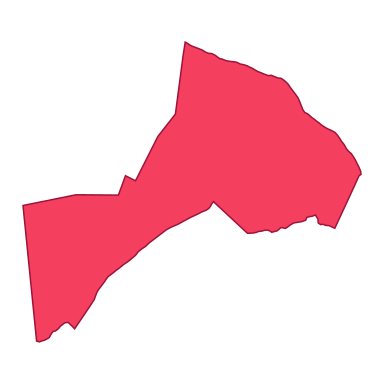 Touros, Rio Grande do Norte, Brazil
{"feature_id": "56859067B58568445498846", "entity_name": "Touros", "entity_type": "district", "adm_level": 2, "iso_a3": "BRA", "parent_name": "Brazil", "parent_adm1": "Rio Grande do Norte", "projection": "robinson", "projection_center": [-35.564, -5.29], "detail": "fine", "context": "isolated", "style": "filled", "palette": "rose", "viewbox_px": 384, "rotation_deg": 0, "n_neighbors": 0, "source": "geoboundaries", "source_scale": "gbopen_adm2", "svg_char_len": 2056}
<svg xmlns="http://www.w3.org/2000/svg" viewBox="0 0 384 384"><path d="M74.6,328.8L89.6,306.7L91.6,303.6L94.2,299.7L95.4,296.3L96.9,292.4L98.5,289.7L104.6,281.6L106.4,278.8L108.3,276.5L113.8,272.3L116.6,270.0L119.3,268.1L123.2,264.8L128.6,261.1L131.6,258.6L135.7,255.1L138.1,251.9L141.6,249.0L145.8,246.2L148.9,243.1L166.5,229.7L171.7,226.9L177.9,224.3L183.9,221.0L190.2,217.6L198.3,213.8L201.6,212.0L206.0,210.3L208.9,208.4L210.7,205.8L211.9,203.6L213.4,201.6L247.5,233.3L250.3,233.2L253.5,233.0L256.3,232.4L258.5,231.5L261.7,231.1L265.2,230.2L267.7,230.1L269.9,231.0L271.8,232.3L274.6,231.5L277.2,230.8L279.0,229.3L280.9,227.5L285.5,228.4L288.2,226.6L290.6,224.7L294.0,222.9L298.4,222.2L301.9,221.6L305.7,220.2L306.8,217.5L309.1,216.7L312.1,216.3L315.4,215.0L318.0,219.2L318.2,222.9L320.6,224.6L323.3,224.3L325.6,225.4L329.0,225.6L334.8,228.3L352.0,191.2L359.0,175.8L361.0,174.4L360.7,171.3L359.7,169.0L358.7,166.6L357.0,163.4L355.3,159.9L353.5,156.9L351.2,153.5L348.4,151.2L346.4,148.6L345.0,146.1L343.5,143.7L341.6,141.5L339.6,138.2L337.7,135.5L335.0,132.4L331.3,130.4L328.1,129.0L326.0,127.9L323.1,126.1L320.8,124.5L319.2,123.0L316.6,121.2L314.4,119.3L312.4,118.0L310.2,116.0L307.8,113.9L304.8,112.5L302.9,109.8L301.2,105.5L300.2,102.9L299.2,100.5L298.0,97.8L295.5,94.3L292.8,90.8L290.3,87.4L288.1,84.1L285.3,81.4L283.1,79.6L280.8,78.2L278.3,78.1L275.0,76.8L271.3,75.3L268.3,75.6L264.6,74.3L261.4,72.9L258.0,71.6L254.9,69.9L252.0,68.1L249.7,67.2L247.4,65.9L243.8,64.7L240.2,64.0L236.8,62.3L234.1,61.8L231.3,61.5L228.3,61.1L225.3,60.4L222.6,59.2L219.7,58.6L217.7,57.2L215.1,55.2L211.8,53.6L208.2,53.2L205.5,52.1L202.4,50.1L199.4,48.9L195.5,47.4L192.2,46.2L189.8,45.0L187.8,43.5L185.2,42.1L183.8,51.2L183.3,54.1L175.4,114.1L168.8,122.5L157.9,136.4L135.5,180.8L125.5,175.7L118.4,195.1L80.0,194.8L75.8,194.8L23.0,205.5L36.6,341.1L39.4,341.9L42.0,340.9L44.3,340.3L47.4,338.7L49.3,337.5L51.4,333.6L53.3,331.3L55.5,331.0L58.6,328.5L60.2,326.4L64.8,322.8L68.2,322.4L70.2,324.4L71.9,325.9L74.6,328.8Z" fill="#f43f5e" stroke="#9f1239" stroke-width="1.5"/></svg>